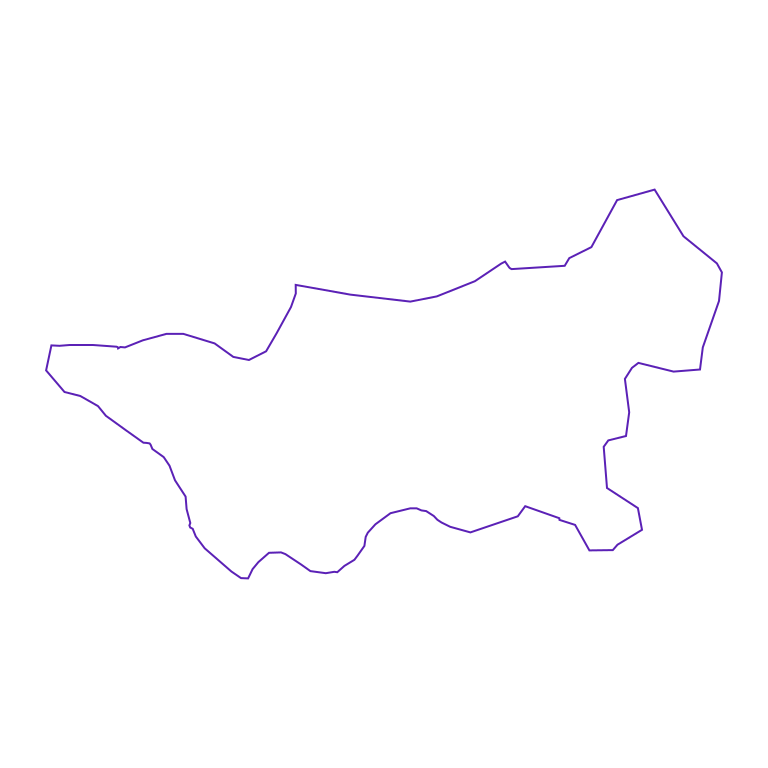 Wushishi, Niger, Nigeria (Mercator projection)
{"feature_id": "59680162B62313947241233", "entity_name": "Wushishi", "entity_type": "district", "adm_level": 2, "iso_a3": "NGA", "parent_name": "Nigeria", "parent_adm1": "Niger", "projection": "mercator", "projection_center": [5.918, 9.688], "detail": "fine", "context": "isolated", "style": "outline", "palette": "violet", "viewbox_px": 768, "rotation_deg": 0, "n_neighbors": 0, "source": "geoboundaries", "source_scale": "gbopen_adm2", "svg_char_len": 1475}
<svg xmlns="http://www.w3.org/2000/svg" viewBox="0 0 768 768"><path d="M354.4,559.8L357.5,555.7L364.4,545.9L365.7,536.9L367.8,532.7L375.4,524.3L390.5,513.2L410.4,508.3L416.6,508.3L421.4,510.4L426.2,511.1L433.8,516.0L437.4,519.8L441.5,522.5L450.2,526.8L470.4,532.4L517.8,516.3L525.2,506.2L559.3,518.2L559.5,519.9L575.1,524.9L589.4,550.4L612.8,550.1L617.5,544.7L642.0,529.8L637.9,508.1L607.0,488.0L603.7,446.8L608.3,440.4L626.0,436.0L629.2,412.3L624.9,378.9L632.0,367.8L638.4,362.9L673.6,371.6L700.0,369.5L702.8,347.4L719.0,301.0L721.9,272.4L716.9,263.4L683.5,236.3L654.6,189.6L617.1,200.1L591.4,247.1L569.3,258.1L564.7,265.8L511.6,269.1L510.1,268.3L509.3,267.6L505.1,261.6L501.2,263.6L474.9,281.2L436.8,296.4L410.3,301.6L350.2,294.6L295.7,284.9L295.8,293.5L291.0,307.0L276.7,333.1L266.1,351.3L248.9,360.0L233.3,356.9L214.6,343.4L183.4,333.9L166.3,333.9L142.9,340.3L125.0,347.4L120.4,347.0L118.1,348.4L117.9,347.6L117.6,347.1L116.5,346.7L93.0,345.0L69.6,345.0L59.5,345.8L51.4,345.4L46.1,370.4L64.5,392.0L80.3,396.0L98.0,406.1L105.9,415.8L126.1,430.4L143.4,442.7L146.4,442.9L149.6,443.4L150.6,444.7L152.4,449.0L163.7,457.1L169.5,465.7L175.0,480.3L185.6,496.6L186.6,509.1L190.3,523.0L189.4,525.4L190.2,527.5L192.7,528.8L195.8,536.5L204.7,548.3L231.4,571.5L241.0,578.1L248.1,578.4L252.6,569.1L258.4,562.1L269.0,552.8L281.0,552.4L285.4,554.1L301.1,564.5L310.4,571.1L325.8,573.2L334.3,571.8L337.3,572.2L344.4,565.9L354.4,559.8Z" fill="none" stroke="#5b21b6" stroke-width="2"/></svg>